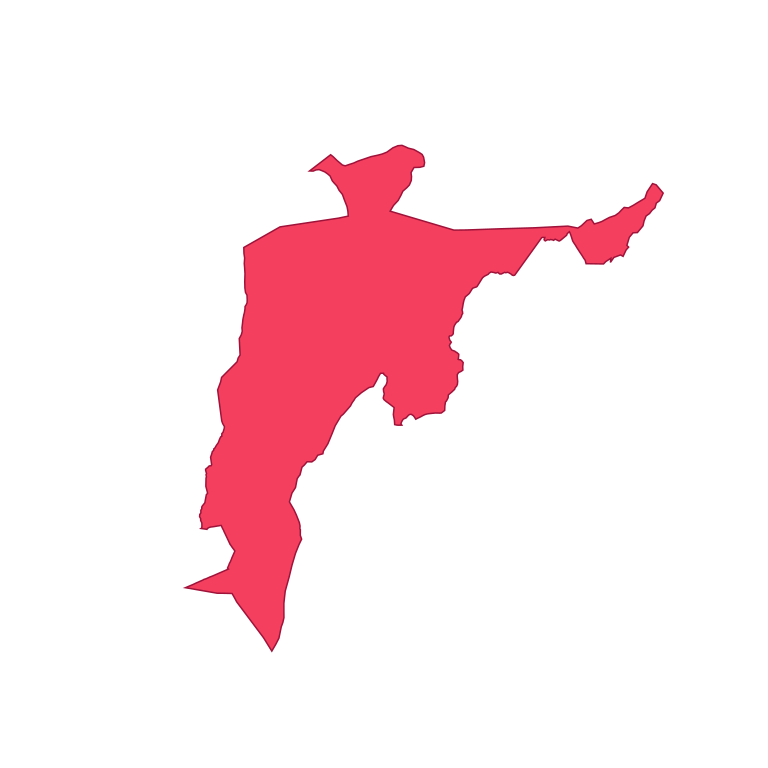 Santiago Nuyoó, Oaxaca, Mexico (Equal Earth projection), rotated 203°
{"feature_id": "50627088B90453813350653", "entity_name": "Santiago Nuyoó", "entity_type": "district", "adm_level": 2, "iso_a3": "MEX", "parent_name": "Mexico", "parent_adm1": "Oaxaca", "projection": "equal_earth", "projection_center": [-97.77, 17.01], "detail": "fine", "context": "isolated", "style": "filled", "palette": "rose", "viewbox_px": 768, "rotation_deg": 203, "n_neighbors": 0, "source": "geoboundaries", "source_scale": "gbopen_adm2", "svg_char_len": 6170}
<svg xmlns="http://www.w3.org/2000/svg" viewBox="0 0 768 768"><g transform="rotate(203 384 384)"><path d="M487.2,118.9L465.8,123.9L455.9,126.2L449.1,129.0L444.3,130.9L442.0,131.8L437.2,128.1L434.5,125.9L395.8,103.4L382.9,94.3L381.9,102.2L381.4,109.0L383.7,120.4L383.9,124.8L384.8,129.8L386.8,134.4L390.5,143.1L394.0,154.8L395.9,169.2L397.9,181.3L399.3,193.6L399.5,202.8L399.2,209.0L401.9,212.0L404.1,217.3L404.9,217.9L405.8,220.5L407.9,223.5L413.5,229.2L417.8,233.1L425.0,238.5L426.1,247.6L425.0,254.1L426.9,262.9L426.4,265.7L425.8,267.5L427.0,275.4L425.7,278.2L424.4,282.4L420.0,284.1L417.9,287.5L417.2,292.5L413.0,295.9L413.6,298.6L412.3,307.1L412.4,318.2L412.6,326.6L411.1,337.6L409.7,340.3L406.3,350.7L406.2,351.9L406.1,353.7L405.8,355.3L405.3,357.4L404.9,360.2L401.4,367.2L396.5,374.8L392.9,377.5L392.4,382.0L392.0,386.3L392.0,388.2L391.4,392.5L388.6,393.7L388.0,392.9L386.5,392.4L384.0,391.7L383.7,391.1L383.2,389.8L382.3,388.1L382.1,387.6L381.8,385.6L381.8,383.4L382.3,382.1L382.7,379.3L382.3,378.5L381.4,376.9L379.9,375.0L379.4,371.5L379.2,370.7L377.9,369.6L374.7,368.6L373.5,368.4L365.5,366.3L363.5,359.6L362.6,358.1L360.4,354.9L358.3,350.8L356.1,351.2L354.4,351.8L351.5,353.1L352.9,354.1L353.0,355.8L352.9,357.2L352.6,358.9L352.3,359.5L350.5,361.3L349.7,363.5L349.4,364.5L349.2,365.0L348.1,366.3L346.9,366.8L346.0,366.5L344.8,366.4L344.2,366.1L343.0,365.4L341.0,364.0L339.2,366.2L338.4,367.0L336.9,368.8L335.8,370.3L335.2,370.8L334.9,371.4L333.0,373.0L331.8,373.8L328.8,375.5L325.3,377.4L322.6,378.5L321.7,378.8L319.9,379.7L319.5,380.4L317.8,383.4L319.4,387.6L320.4,391.5L320.0,392.4L319.8,393.6L319.6,396.4L320.5,399.1L320.3,399.5L318.4,403.2L317.9,404.4L316.9,406.7L317.0,408.5L316.3,410.4L316.3,412.4L317.2,415.2L318.3,417.2L319.3,419.1L320.2,421.1L319.8,423.7L318.0,425.7L316.8,427.6L318.3,430.7L319.5,434.7L321.5,435.8L323.0,436.2L324.7,435.7L325.4,435.7L325.5,436.5L326.0,438.3L326.8,440.6L329.4,441.5L330.7,441.5L331.6,441.9L334.9,441.7L337.2,443.2L338.8,444.9L338.8,445.9L338.9,446.6L338.6,447.2L338.4,448.8L340.5,450.0L341.3,450.9L341.6,451.3L342.5,452.5L342.5,453.8L340.9,454.6L340.1,456.2L339.9,457.2L340.1,457.9L340.6,459.2L340.9,460.2L341.6,462.4L342.0,464.1L342.0,464.9L341.9,466.4L341.5,468.4L341.2,469.5L340.6,469.9L340.1,470.9L339.8,472.7L339.4,474.0L339.1,476.2L339.4,478.3L339.1,479.6L340.0,481.3L341.1,482.6L341.5,484.9L342.4,488.5L342.7,490.1L343.1,492.3L343.2,496.0L341.2,499.9L340.8,500.9L339.9,506.6L339.0,507.6L336.7,509.6L336.4,510.3L335.9,513.3L335.3,517.2L334.8,520.3L334.3,521.2L333.8,522.2L332.8,523.5L331.0,525.6L330.5,527.1L329.3,528.9L325.9,529.7L325.0,529.6L323.9,530.2L322.7,531.3L321.8,530.9L320.5,530.5L319.0,531.1L316.6,533.9L316.3,533.9L315.4,534.0L313.9,535.1L312.6,535.2L309.9,534.8L308.5,534.3L307.2,534.5L306.2,535.3L296.0,580.4L294.9,581.2L294.3,581.2L293.2,581.7L293.0,579.3L291.5,578.7L289.7,580.8L287.8,581.3L287.0,582.2L286.3,582.2L285.7,582.5L284.0,582.5L283.1,584.2L279.2,584.0L278.4,584.2L277.5,585.5L274.0,592.3L274.1,594.0L272.9,596.6L272.0,595.9L270.7,594.6L270.4,594.3L266.2,589.4L265.0,588.5L262.9,587.1L261.8,586.4L259.8,584.9L258.3,583.9L254.6,581.4L252.1,579.8L249.3,577.8L247.2,576.5L245.0,573.7L228.8,580.3L227.7,583.3L224.3,588.4L223.1,584.4L221.8,590.4L218.6,593.4L216.7,595.2L213.8,594.9L213.5,602.0L212.3,605.6L214.6,606.5L215.5,614.9L213.8,620.5L209.9,622.4L207.4,630.8L208.3,635.7L208.4,641.1L206.2,644.6L205.1,648.8L203.4,652.0L204.0,656.9L201.9,660.5L201.6,668.8L211.3,673.7L215.1,673.4L216.9,663.7L216.4,656.9L218.3,654.3L221.4,650.1L224.2,646.1L227.8,641.6L231.9,640.4L233.3,637.1L234.6,633.5L237.0,629.5L241.6,625.4L244.7,621.6L246.9,618.8L249.2,616.6L253.0,613.5L257.6,616.6L261.1,613.8L264.1,606.9L266.5,603.3L276.4,601.2L306.9,586.4L337.4,572.4L368.3,558.0L379.7,553.0L445.9,545.5L445.0,552.1L442.7,558.4L442.1,564.7L442.0,568.8L439.6,573.8L438.4,577.1L438.4,582.0L439.7,585.7L441.7,589.1L441.0,595.0L435.6,597.5L432.4,600.0L433.1,603.6L436.2,608.3L438.6,610.2L441.6,610.8L448.2,611.5L453.8,610.6L457.0,610.7L460.7,610.7L464.3,608.8L468.1,604.9L471.9,598.6L475.4,595.1L479.0,592.3L484.8,588.2L492.3,581.5L495.4,578.7L498.3,575.5L501.1,573.1L504.9,569.7L507.8,569.3L514.6,571.4L519.4,573.3L522.7,574.2L535.8,551.0L532.4,552.3L530.2,554.5L527.5,556.0L524.5,556.1L521.4,556.1L518.1,555.4L514.9,554.4L511.0,550.8L508.2,549.4L504.8,547.9L501.1,544.8L496.3,542.2L492.5,538.1L487.4,532.9L484.8,529.0L482.5,524.6L490.7,518.9L541.1,488.0L566.4,454.9L563.9,449.4L561.5,445.5L559.7,440.3L557.5,436.1L555.1,431.3L552.1,423.6L550.8,420.8L549.6,418.1L547.3,414.2L544.8,412.2L542.9,408.2L541.8,405.4L541.8,403.1L542.2,401.1L541.3,398.8L540.3,394.8L540.1,393.0L539.1,388.3L538.0,384.7L536.7,380.2L535.1,377.2L534.6,373.4L535.0,369.3L527.8,354.5L528.4,350.9L527.9,347.1L536.1,326.6L535.2,322.1L534.8,313.5L519.0,286.7L517.1,284.6L514.2,282.4L513.7,280.5L513.3,276.5L513.9,275.1L512.9,272.4L513.7,271.5L513.8,268.8L513.6,265.2L514.3,262.1L514.7,258.9L515.3,257.8L514.9,256.5L515.6,254.6L515.3,252.6L515.0,248.8L512.7,245.0L511.1,242.3L511.2,241.2L512.9,240.3L513.5,238.7L514.9,235.9L514.5,234.9L512.3,232.1L512.4,231.0L511.1,229.0L511.1,227.9L508.0,220.2L504.4,215.5L503.7,214.2L504.3,212.8L503.1,207.2L502.5,204.8L503.7,200.3L503.6,199.3L503.1,198.3L503.0,197.4L503.3,196.3L502.2,193.8L502.6,191.9L501.9,189.8L500.2,188.5L499.4,186.7L497.4,184.9L496.2,182.3L495.5,180.3L496.0,179.5L490.3,181.0L490.2,181.0L489.9,182.3L489.3,183.1L488.6,183.9L487.8,184.5L487.3,184.8L486.1,185.5L484.6,186.4L481.8,188.2L481.3,188.5L480.2,189.2L479.2,189.9L478.6,190.2L476.0,187.8L474.6,186.7L473.3,185.4L472.1,184.4L470.8,183.2L469.4,182.0L469.0,181.6L468.0,180.8L467.6,180.3L466.7,179.6L464.9,177.9L464.4,177.6L464.1,177.2L463.3,176.5L463.0,176.3L462.9,176.1L462.5,176.0L461.9,175.6L461.4,175.3L461.0,175.0L460.5,174.7L460.3,174.5L459.9,174.4L458.6,173.5L457.8,173.2L457.4,172.8L456.8,172.5L456.0,172.0L456.0,171.1L456.1,164.3L456.0,162.9L456.0,160.4L456.2,158.4L456.1,157.1L456.1,155.2L456.1,153.4L454.9,152.9L457.6,150.0L461.2,146.2L466.8,140.3L467.7,139.4L469.0,138.2L469.5,137.6L472.0,134.9L473.3,133.9L474.2,132.7L479.2,127.4L481.4,124.9L487.2,118.9Z" fill="#f43f5e" stroke="#9f1239" stroke-width="1.5"/></g></svg>